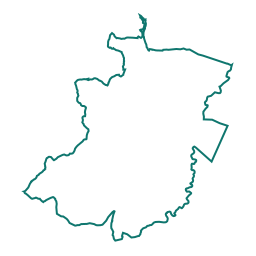 Vulcan, Brasov, Romania (orthographic projection)
{"feature_id": "2599482B91896780036190", "entity_name": "Vulcan", "entity_type": "district", "adm_level": 2, "iso_a3": "ROU", "parent_name": "Romania", "parent_adm1": "Brasov", "projection": "orthographic", "projection_center": [25.394, 45.633], "detail": "fine", "context": "isolated", "style": "outline", "palette": "teal", "viewbox_px": 256, "rotation_deg": 0, "n_neighbors": 0, "source": "geoboundaries", "source_scale": "gbopen_adm2", "svg_char_len": 5752}
<svg xmlns="http://www.w3.org/2000/svg" viewBox="0 0 256 256"><path d="M115.3,240.6L121.8,239.1L122.6,236.9L122.0,236.1L123.0,232.8L127.3,234.3L131.4,237.5L134.8,237.1L137.9,236.1L139.0,236.0L140.4,234.1L140.4,233.4L141.1,231.8L140.9,230.9L141.4,230.1L143.2,228.3L146.0,227.3L147.3,225.9L148.8,225.7L149.7,225.2L151.4,225.0L152.3,224.3L153.7,222.7L155.4,222.0L159.1,221.8L163.7,222.4L165.3,222.3L166.1,222.1L167.2,221.2L167.7,219.2L167.7,218.3L167.3,217.3L166.4,216.1L165.8,214.6L165.9,213.7L166.2,213.3L166.5,213.0L166.9,213.0L167.4,212.1L169.7,211.6L170.5,212.0L171.3,214.2L172.5,215.6L173.6,216.1L174.7,215.9L175.4,215.3L175.3,214.7L174.6,214.0L174.3,213.3L175.4,212.1L175.9,210.7L178.1,208.9L178.9,207.5L179.7,207.1L181.8,208.2L182.0,208.1L183.3,206.6L184.1,204.6L184.5,204.2L185.2,203.8L187.3,203.6L188.0,203.2L188.5,202.6L188.5,201.5L188.4,201.0L187.1,199.5L186.6,198.6L186.6,198.2L188.9,195.4L190.3,194.3L191.1,193.5L191.1,193.0L189.7,191.8L189.1,191.5L187.0,191.7L186.0,190.5L185.8,189.5L186.0,188.8L186.6,188.4L187.3,188.4L189.6,187.3L191.4,187.0L192.0,186.5L192.3,185.9L192.1,185.0L191.8,184.6L191.1,184.5L190.6,184.0L190.4,183.4L192.9,181.6L193.1,180.2L192.6,178.7L192.9,177.9L193.8,176.7L194.0,175.7L193.4,174.3L194.6,172.9L194.6,171.4L194.2,170.7L193.4,170.1L192.1,170.1L191.4,169.5L191.7,167.8L191.5,165.4L191.6,164.4L191.9,163.8L192.4,163.7L193.8,164.0L194.3,163.8L194.9,162.4L195.8,161.9L196.2,161.0L196.2,160.2L196.0,159.9L195.1,159.5L192.6,159.1L191.4,156.7L191.2,155.9L191.4,155.1L191.6,154.7L193.6,153.3L194.2,152.3L194.2,151.4L194.0,150.7L192.8,148.8L192.7,148.2L193.3,147.2L193.8,146.8L194.4,146.6L196.0,147.7L211.6,161.6L227.6,125.8L219.7,123.2L212.2,119.7L203.8,119.4L203.9,116.5L203.3,113.8L203.4,111.7L205.5,108.8L207.4,106.9L207.7,105.4L207.2,105.1L206.3,105.2L205.4,104.7L204.9,102.6L205.3,101.7L206.2,101.1L206.8,99.9L207.2,97.6L207.7,96.7L211.1,95.8L214.9,92.3L218.2,93.1L219.9,93.1L220.6,92.4L220.9,90.7L219.5,86.6L220.6,86.2L223.5,83.3L228.1,80.0L229.3,78.1L229.1,77.6L228.5,77.3L226.6,76.7L226.4,76.1L227.6,72.1L228.5,71.3L230.0,70.6L230.9,69.4L231.2,67.3L231.9,64.8L231.2,65.3L227.5,63.6L227.1,63.7L202.9,55.6L198.3,54.4L189.6,49.5L186.5,49.7L183.6,48.5L180.4,49.3L176.3,49.0L168.5,49.8L166.6,49.6L163.2,49.8L162.6,50.6L156.0,50.4L152.6,49.6L152.2,49.8L151.8,49.4L149.8,49.1L149.0,50.6L148.5,50.3L147.9,49.4L147.5,48.2L146.7,47.3L146.3,44.5L145.5,42.9L144.3,39.2L144.0,38.1L144.0,37.1L143.4,35.8L143.5,32.5L143.8,31.5L143.7,30.9L144.1,30.6L144.6,29.0L145.0,28.7L144.9,27.5L145.6,26.0L145.8,24.9L145.9,23.5L145.3,21.5L145.3,21.1L145.6,20.5L145.5,19.8L145.5,19.5L144.5,19.9L144.2,19.7L143.6,18.5L142.8,18.0L141.0,16.0L140.0,15.4L140.4,16.3L140.3,17.6L141.1,18.1L143.1,21.1L142.9,22.8L143.1,23.1L144.1,23.4L144.4,23.7L144.5,24.3L144.8,24.5L144.3,25.3L143.9,27.4L143.0,29.1L142.4,29.4L140.8,29.6L140.1,30.0L140.6,30.9L141.3,30.9L141.5,31.7L142.3,32.1L142.3,33.8L142.5,34.3L142.4,36.3L142.0,37.1L141.0,37.9L138.4,36.5L137.3,37.7L137.4,38.1L132.5,37.7L127.4,37.5L126.4,37.7L124.5,38.7L123.4,38.6L121.3,38.9L119.9,38.4L117.3,38.0L116.6,38.2L114.6,36.3L114.0,34.7L112.0,33.1L110.1,35.2L109.4,39.0L108.7,39.9L108.2,41.4L108.1,42.2L108.1,43.9L107.9,46.0L108.0,46.6L108.5,47.1L109.7,47.8L110.3,47.5L110.9,47.7L111.5,48.5L112.2,48.8L113.4,48.2L113.7,48.8L114.9,49.3L116.0,50.1L118.3,50.6L121.7,52.1L121.8,53.0L123.1,55.5L123.5,57.1L124.0,58.0L123.9,59.9L124.0,60.6L123.9,61.2L124.1,61.3L123.7,63.5L123.9,63.6L123.9,64.8L123.2,65.9L122.9,66.6L123.4,68.6L123.3,69.6L125.1,69.5L123.3,74.2L123.3,74.8L120.9,76.5L119.4,75.8L119.0,74.7L116.3,75.0L114.2,76.3L112.1,77.1L110.4,78.7L109.9,79.4L109.0,81.9L108.5,82.5L108.4,83.7L107.9,84.3L107.7,85.2L107.4,85.5L106.3,85.0L105.7,85.0L103.4,83.5L101.8,81.6L100.1,80.7L99.5,80.7L97.2,78.9L95.0,78.2L93.9,78.4L92.9,79.1L91.9,79.5L90.3,79.4L88.3,80.1L87.8,79.9L88.4,79.1L88.4,78.7L87.4,79.0L85.2,79.3L84.1,79.1L81.4,79.6L80.1,79.5L78.0,79.9L77.1,80.5L75.2,82.6L75.4,82.9L75.3,83.8L76.1,85.8L76.9,89.2L77.5,90.2L77.6,91.2L77.2,92.6L77.9,93.6L77.9,94.2L78.4,95.7L77.2,97.9L77.2,100.3L77.3,101.0L78.7,102.7L80.2,103.2L80.5,103.6L81.1,105.2L81.7,105.6L82.3,106.0L83.9,106.0L84.6,106.3L85.9,107.4L85.9,108.1L85.2,110.3L84.9,112.3L85.3,114.4L85.1,116.2L83.5,116.3L82.7,117.0L82.4,117.9L82.9,119.8L82.8,121.0L82.3,122.3L83.1,123.6L83.6,124.0L84.0,125.4L87.0,128.3L88.3,129.2L88.6,131.0L87.5,133.0L86.8,135.3L86.5,139.0L86.1,139.3L84.9,139.3L83.7,139.8L82.7,141.3L78.0,145.2L76.6,146.6L75.1,148.6L74.5,150.7L73.4,152.6L72.6,153.4L71.2,153.7L69.9,153.6L69.0,154.8L68.0,155.3L66.3,155.4L64.2,154.5L62.6,154.9L57.8,157.2L56.4,158.7L54.0,160.2L53.8,160.2L52.3,158.6L51.2,157.2L50.7,157.0L49.2,156.8L48.6,156.9L47.3,158.0L46.8,158.1L46.4,158.8L45.5,161.7L44.7,163.6L45.2,166.1L45.1,166.7L45.4,167.1L45.4,167.8L45.0,168.6L45.2,169.0L44.6,169.5L44.4,170.0L43.4,170.4L42.9,171.3L41.9,172.2L39.4,173.8L38.6,174.9L36.9,175.9L36.4,177.5L35.6,178.5L34.4,179.4L33.8,179.5L32.1,181.0L31.9,180.9L31.2,181.5L31.4,181.8L30.1,183.4L28.3,187.5L25.6,190.6L24.5,191.4L24.1,191.5L24.3,191.6L24.7,192.9L25.1,193.3L25.8,193.6L27.8,195.2L31.0,198.2L32.1,198.8L35.5,197.9L35.9,197.6L36.3,197.7L38.2,198.7L39.9,198.8L40.1,199.3L42.0,201.2L43.3,202.1L44.1,201.3L45.0,201.1L46.2,200.1L50.6,197.9L52.9,197.1L53.5,197.2L55.2,198.8L55.2,199.5L56.3,201.3L56.7,203.9L56.3,207.2L56.9,213.8L61.1,216.3L63.3,216.5L66.7,218.9L68.0,220.4L69.6,223.0L75.0,225.6L75.7,225.6L77.5,225.1L79.3,225.1L81.2,224.1L86.9,223.9L89.7,223.2L94.2,224.1L96.1,225.1L97.2,225.3L100.3,225.2L102.5,224.7L106.2,220.7L108.2,217.1L112.6,212.0L114.0,211.1L114.5,211.4L113.3,214.7L112.0,220.8L112.3,221.0L111.4,223.1L111.2,226.5L111.4,228.5L112.0,229.2L113.3,231.9L112.6,235.1L113.3,236.0L113.9,238.8L115.3,240.6Z" fill="none" stroke="#0f766e" stroke-width="2"/></svg>